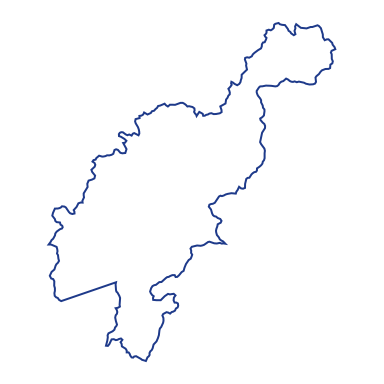 outline of Conselheiro Pena, Minas Gerais, Brazil
{"feature_id": "56859067B85067754069179", "entity_name": "Conselheiro Pena", "entity_type": "district", "adm_level": 2, "iso_a3": "BRA", "parent_name": "Brazil", "parent_adm1": "Minas Gerais", "projection": "orthographic", "projection_center": [-41.435, -19.174], "detail": "fine", "context": "isolated", "style": "outline", "palette": "blue", "viewbox_px": 384, "rotation_deg": 0, "n_neighbors": 0, "source": "geoboundaries", "source_scale": "gbopen_adm2", "svg_char_len": 5923}
<svg xmlns="http://www.w3.org/2000/svg" viewBox="0 0 384 384"><path d="M108.5,333.3L107.6,335.3L107.8,337.3L107.3,340.7L106.0,345.7L107.9,345.9L109.3,344.2L111.6,339.4L113.8,339.2L115.8,340.1L117.5,339.8L119.0,339.0L121.0,338.5L122.4,339.8L120.6,342.2L121.6,343.8L121.9,346.4L125.6,348.7L126.7,350.5L126.7,352.4L128.6,352.4L129.6,353.7L130.3,355.6L131.6,357.4L133.1,357.6L134.2,356.5L136.1,356.2L140.9,358.9L142.0,359.8L145.9,361.0L147.5,357.3L148.7,356.4L149.6,354.9L149.5,353.1L150.3,351.4L151.7,350.1L152.6,348.4L153.6,344.5L156.5,341.4L157.9,338.2L158.9,335.1L159.4,330.5L159.9,328.5L161.2,327.0L163.1,322.8L163.5,320.8L163.4,318.0L162.4,315.5L163.2,314.0L166.5,312.2L168.3,312.6L170.1,313.6L171.6,312.1L173.3,311.6L175.0,310.6L175.9,308.5L177.6,307.5L178.2,305.8L177.9,303.5L176.4,302.6L174.6,302.6L173.6,300.4L173.9,297.6L175.5,295.4L173.7,293.8L169.9,294.4L168.0,293.9L164.7,296.2L160.7,300.2L156.6,300.2L153.2,299.9L153.0,297.9L153.7,296.2L152.2,295.1L150.8,293.2L150.1,291.5L151.2,288.1L152.5,286.1L154.2,285.2L156.0,284.8L159.3,282.1L161.5,282.0L165.8,278.1L167.2,277.1L168.7,276.9L170.2,276.0L172.4,275.1L174.7,275.1L175.6,277.0L177.2,276.9L179.1,275.2L181.6,272.1L183.6,270.9L184.5,267.7L186.0,264.0L188.7,260.0L190.7,258.7L191.5,256.8L192.2,254.7L191.1,252.9L191.2,250.6L190.5,248.6L191.8,246.8L197.1,245.5L200.7,245.8L202.5,245.4L204.1,244.8L208.1,242.0L209.5,241.7L214.2,243.3L216.8,243.5L219.7,242.9L221.8,243.6L223.4,243.4L225.3,243.7L223.1,241.4L221.3,240.5L219.8,239.3L218.8,237.3L216.9,235.0L216.2,232.4L216.0,230.8L216.4,228.8L217.3,226.4L217.7,224.3L220.7,222.7L221.5,220.9L220.3,219.0L217.7,218.0L216.1,216.6L214.3,216.2L213.0,215.2L212.1,213.4L211.0,209.5L208.8,206.7L209.4,204.7L211.1,204.0L212.8,203.8L214.8,202.8L219.0,196.5L220.5,195.7L221.9,196.1L223.8,195.5L225.6,194.5L227.6,193.9L231.4,193.2L235.8,193.6L236.4,191.6L237.5,190.2L239.1,186.8L241.1,188.4L243.0,188.7L245.0,187.9L245.1,183.9L246.3,178.9L247.6,177.9L249.4,177.7L251.4,174.5L252.6,173.3L254.2,172.2L256.0,171.8L256.9,170.6L257.0,168.4L259.5,166.7L261.2,165.2L262.4,163.6L262.8,161.7L264.0,160.2L264.6,158.2L264.6,153.1L264.9,150.8L264.4,148.6L261.1,144.1L260.1,142.1L262.1,132.7L265.0,128.1L265.1,125.9L264.3,123.9L262.7,122.6L260.5,120.0L260.2,118.5L262.1,117.3L263.9,115.5L264.5,111.2L264.4,109.4L263.0,107.7L262.7,105.5L261.1,102.4L261.1,100.2L260.2,98.5L257.9,95.6L257.2,94.0L256.7,92.4L256.7,90.9L259.0,87.4L260.2,86.4L262.4,86.3L266.0,85.6L271.1,85.8L275.3,86.4L277.1,86.1L278.5,85.0L279.7,83.0L281.3,81.7L283.3,81.1L286.1,78.6L288.0,79.5L289.8,81.0L291.3,81.7L293.0,81.9L294.6,81.4L296.8,82.2L298.9,81.6L304.0,82.7L305.9,83.7L309.5,84.5L313.1,84.3L315.0,83.6L316.0,81.9L315.5,77.5L316.5,76.1L319.0,74.0L320.5,71.8L322.0,70.3L325.4,69.0L328.6,68.9L330.1,68.1L330.4,64.6L332.3,63.4L332.8,61.3L331.8,58.9L331.7,54.2L330.9,52.6L331.6,50.8L335.3,49.2L334.6,47.2L332.6,44.6L332.2,42.9L328.5,39.3L327.0,39.3L324.7,40.2L322.9,37.2L322.8,34.4L320.9,28.2L318.9,26.0L317.5,25.3L312.4,27.0L310.6,27.0L306.6,28.4L300.8,27.8L296.2,24.2L295.1,26.4L295.4,28.4L294.5,30.9L295.4,34.2L293.8,35.2L291.1,33.3L290.3,31.9L288.6,30.8L287.8,28.9L285.0,25.1L281.9,24.8L279.8,24.2L278.6,23.0L275.4,23.8L274.2,24.7L273.8,27.9L272.4,29.3L270.8,30.3L268.8,29.7L266.5,30.5L266.5,32.8L265.7,34.1L264.5,35.2L265.2,36.6L266.5,37.9L266.0,39.5L264.7,42.2L263.0,42.5L261.9,44.3L261.8,46.4L261.0,48.4L258.0,50.2L254.4,52.9L252.8,54.4L251.8,56.3L249.2,57.7L247.1,57.3L245.2,57.9L244.9,59.5L246.4,63.6L246.1,65.6L247.0,69.6L241.7,74.7L241.6,78.0L240.8,80.3L240.5,82.0L239.3,83.9L237.2,85.2L234.4,83.8L233.2,82.7L231.4,81.8L231.1,83.3L231.7,84.8L230.4,86.7L228.4,88.8L229.3,90.7L229.8,92.5L229.7,94.4L228.4,95.6L227.5,97.8L226.1,99.5L225.5,103.5L220.3,106.4L221.5,110.0L221.6,112.1L219.8,113.3L216.1,114.0L213.7,114.1L211.3,113.2L209.3,113.6L207.9,114.5L206.3,114.8L204.8,115.7L203.2,115.8L202.7,113.8L199.3,111.9L196.6,116.0L196.1,114.5L195.0,113.5L194.1,111.9L194.6,110.4L194.4,108.4L192.5,107.0L189.0,106.2L187.4,106.5L185.8,104.8L184.3,103.7L182.8,102.9L180.4,102.9L175.2,104.8L170.0,104.7L167.9,106.5L165.9,105.2L164.6,103.7L160.1,105.6L158.1,106.0L157.1,107.8L155.5,109.1L154.1,110.7L151.9,111.3L150.8,113.0L147.5,114.5L144.1,112.5L143.2,114.5L141.5,115.6L139.4,115.9L139.6,118.1L135.6,119.1L135.1,121.4L135.7,123.3L138.0,127.2L138.8,129.5L139.2,131.6L139.3,133.6L138.5,135.3L134.2,133.1L132.8,133.7L131.6,135.6L129.2,134.5L127.4,135.2L125.7,134.4L122.9,132.3L121.2,132.2L119.8,132.8L118.9,134.1L119.0,136.1L120.8,136.7L124.4,138.9L126.4,140.8L125.0,142.7L123.2,143.0L126.5,149.1L125.3,153.0L122.3,153.3L120.4,152.8L117.9,149.9L116.1,149.3L114.5,150.0L113.3,153.8L111.6,154.8L109.3,155.4L107.1,155.3L105.5,156.1L103.6,156.5L102.2,156.6L99.1,155.7L96.3,158.1L95.6,159.6L93.5,160.1L92.5,161.6L94.5,162.9L95.3,164.8L94.7,166.7L91.4,169.8L92.2,172.0L95.1,175.6L94.4,178.4L92.0,179.6L88.6,180.6L87.3,183.8L87.6,187.0L83.7,193.4L83.7,195.4L84.0,197.4L82.4,200.8L82.6,202.6L80.7,202.5L78.4,203.3L76.6,206.9L73.7,210.1L74.4,211.6L74.5,213.5L72.3,214.0L70.2,213.3L68.9,212.0L65.9,207.5L64.5,206.6L62.0,206.3L60.8,207.5L59.5,208.1L57.9,208.5L54.9,208.6L53.0,212.9L52.3,215.7L54.9,219.1L55.3,220.9L56.6,222.1L60.0,222.5L60.5,224.6L62.2,225.7L62.7,227.2L62.0,228.5L60.0,229.2L56.7,231.6L55.3,233.5L55.0,235.4L53.2,238.7L51.6,240.1L50.5,242.1L48.7,244.5L51.0,244.5L56.6,246.9L57.2,249.0L57.5,251.2L57.0,253.5L58.0,255.1L58.4,258.6L59.0,260.9L57.9,262.8L56.4,264.2L55.6,265.7L54.4,269.5L51.6,271.9L49.8,275.8L51.2,278.5L53.2,279.1L54.3,281.2L54.2,285.7L54.9,288.1L54.9,290.9L54.4,293.1L54.7,295.8L56.1,297.3L57.8,298.0L59.1,299.9L61.2,301.1L116.0,282.3L115.6,284.3L116.0,290.0L116.4,291.6L117.5,292.6L119.3,295.8L120.1,298.0L119.6,304.8L119.9,306.6L117.8,307.8L115.7,308.2L116.8,310.0L117.3,312.0L116.9,313.8L115.7,315.3L115.2,317.6L115.9,321.1L117.0,324.6L116.3,326.1L115.1,327.4L114.4,329.7L112.6,331.3L108.5,333.3Z" fill="none" stroke="#1e3a8a" stroke-width="2"/></svg>